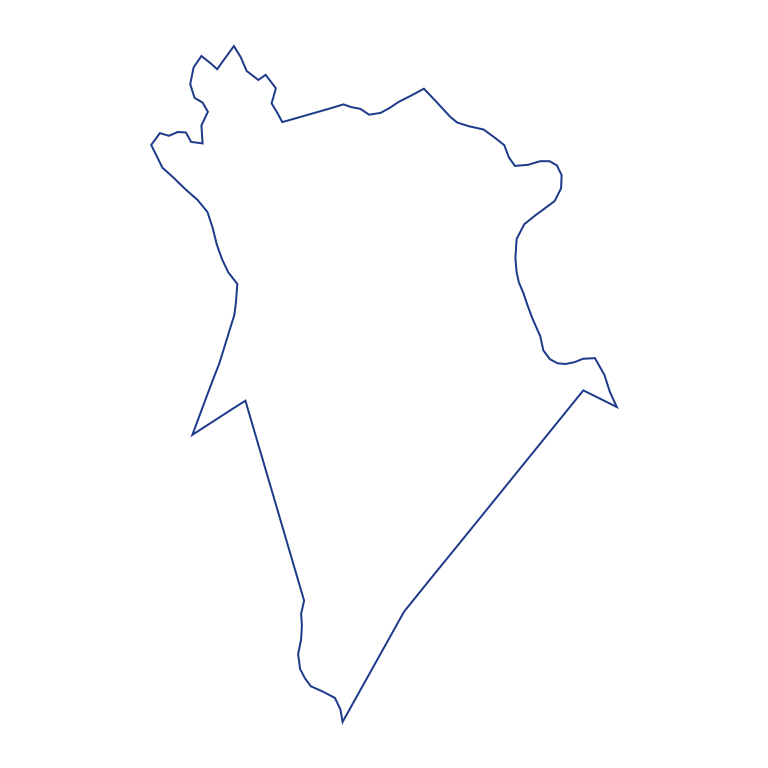 the district of Acajutiba, Bahia, Brazil
{"feature_id": "56859067B79401477876310", "entity_name": "Acajutiba", "entity_type": "district", "adm_level": 2, "iso_a3": "BRA", "parent_name": "Brazil", "parent_adm1": "Bahia", "projection": "equal_earth", "projection_center": [-38.007, -11.675], "detail": "fine", "context": "isolated", "style": "outline", "palette": "blue", "viewbox_px": 768, "rotation_deg": 0, "n_neighbors": 0, "source": "geoboundaries", "source_scale": "gbopen_adm2", "svg_char_len": 1431}
<svg xmlns="http://www.w3.org/2000/svg" viewBox="0 0 768 768"><path d="M423.9,88.7L410.1,96.1L398.6,101.9L389.9,107.8L380.6,112.9L369.1,114.7L360.4,108.9L351.4,107.1L343.4,104.4L327.1,109.3L282.3,122.1L277.6,113.4L271.6,103.3L275.9,88.3L265.6,74.8L258.3,80.0L246.7,71.0L240.7,57.1L233.9,46.1L224.1,59.5L217.2,69.2L210.7,63.4L201.4,56.0L193.6,67.4L190.2,84.2L194.6,97.9L202.6,102.6L207.9,111.8L201.4,125.5L202.6,143.4L191.1,141.9L185.9,132.5L177.7,132.0L168.9,135.8L159.9,133.1L151.2,145.0L155.6,153.8L162.4,167.7L172.7,176.9L179.1,183.2L186.9,190.6L197.4,199.8L207.4,211.9L212.6,227.6L216.8,244.6L222.3,259.9L228.3,272.4L237.3,283.9L235.9,302.9L234.3,315.1L230.9,326.0L219.3,363.5L214.6,375.4L207.8,393.3L192.4,434.8L232.6,408.8L245.4,400.7L304.1,600.6L301.1,613.8L301.9,625.3L301.1,639.6L298.1,654.0L300.1,669.0L304.9,678.2L310.9,686.3L322.4,691.4L334.9,697.9L340.4,709.4L342.6,721.9L404.1,611.6L431.6,577.5L465.8,535.5L583.3,390.4L616.8,407.0L609.9,392.0L604.4,374.9L594.9,358.1L582.9,358.8L574.4,362.2L565.4,364.0L557.6,363.3L549.9,359.2L543.3,350.3L540.3,336.4L532.4,318.4L527.3,304.7L523.4,293.1L518.8,282.3L516.6,272.0L515.4,258.5L516.6,239.0L524.3,224.2L535.1,215.5L554.6,201.1L561.1,188.3L561.6,175.1L556.9,165.4L549.6,161.2L540.1,161.2L528.1,164.8L514.9,165.9L508.9,157.4L504.3,145.2L495.6,138.3L483.6,129.5L468.8,126.2L457.3,122.6L450.4,117.0L437.1,102.6L423.9,88.7Z" fill="none" stroke="#1e3a8a" stroke-width="2"/></svg>